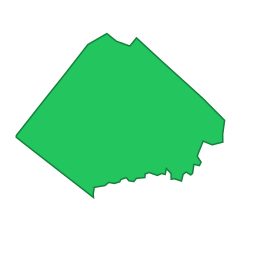 Clearfield, Pennsylvania, United States of America (Mercator projection), rotated 38°
{"feature_id": "52423323B589522588681", "entity_name": "Clearfield", "entity_type": "district", "adm_level": 2, "iso_a3": "USA", "parent_name": "United States of America", "parent_adm1": "Pennsylvania", "projection": "mercator", "projection_center": [-78.301, 40.989], "detail": "fine", "context": "isolated", "style": "filled", "palette": "green", "viewbox_px": 256, "rotation_deg": 38, "n_neighbors": 0, "source": "geoboundaries", "source_scale": "gbopen_adm2", "svg_char_len": 747}
<svg xmlns="http://www.w3.org/2000/svg" viewBox="0 0 256 256"><g transform="rotate(38 128 128)"><path d="M168.3,58.6L114.4,54.7L79.2,51.8L79.0,62.3L65.4,66.8L53.2,66.6L45.0,86.9L45.1,126.8L44.8,152.0L44.6,202.6L45.6,204.1L64.9,204.2L143.6,204.0L141.5,201.8L137.9,195.6L145.3,187.5L146.3,182.8L151.5,180.0L154.6,175.5L154.1,172.9L157.1,168.2L161.2,169.0L165.6,166.6L165.6,162.5L171.8,156.7L169.9,153.6L172.0,150.1L180.3,147.3L182.5,143.2L185.9,141.7L183.2,136.3L190.1,137.4L193.5,141.8L195.9,139.4L202.8,136.9L200.0,130.6L200.9,126.9L206.3,126.4L206.8,124.0L202.3,116.1L207.4,113.7L206.6,109.9L200.0,107.7L198.7,103.9L195.3,92.1L204.7,89.4L211.4,80.7L206.5,74.7L199.4,62.5L168.3,58.6Z" fill="#22c55e" stroke="#15803d" stroke-width="1.5"/></g></svg>